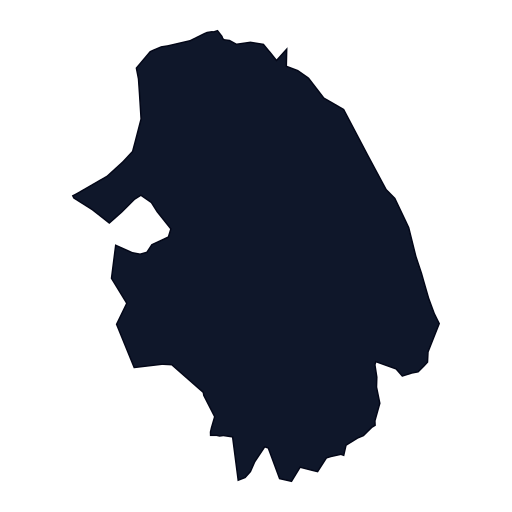 outline of Igbo-Eze North, Enugu, Nigeria
{"feature_id": "59680162B31217574251855", "entity_name": "Igbo-Eze North", "entity_type": "district", "adm_level": 2, "iso_a3": "NGA", "parent_name": "Nigeria", "parent_adm1": "Enugu", "projection": "equal_earth", "projection_center": [7.451, 7.008], "detail": "fine", "context": "isolated", "style": "filled", "palette": "ink", "viewbox_px": 512, "rotation_deg": 0, "n_neighbors": 0, "source": "geoboundaries", "source_scale": "gbopen_adm2", "svg_char_len": 1572}
<svg xmlns="http://www.w3.org/2000/svg" viewBox="0 0 512 512"><path d="M439.2,323.6L434.2,313.5L428.6,298.3L426.7,291.7L423.5,280.6L421.5,273.5L415.8,256.3L408.7,227.7L405.8,221.5L394.8,198.4L386.1,189.6L376.7,172.1L367.7,155.3L345.6,113.3L343.6,109.5L323.8,98.1L308.5,78.2L297.7,70.6L286.3,66.3L286.7,49.2L276.5,60.5L269.9,52.2L268.8,51.0L263.4,44.4L250.4,42.3L236.4,44.3L229.5,40.5L224.7,39.9L224.1,39.8L222.7,38.6L221.9,36.4L219.2,32.9L217.5,30.7L213.7,31.9L211.6,31.8L207.1,32.5L204.3,33.7L190.2,40.7L172.6,44.8L167.8,45.9L161.3,46.9L154.1,49.9L150.2,51.7L136.4,68.1L138.5,78.9L139.5,93.5L140.3,106.1L141.1,119.0L134.9,142.9L132.6,151.5L122.8,162.0L107.1,176.3L100.6,180.0L77.4,193.4L74.8,194.8L72.8,195.8L73.9,198.0L92.4,209.7L109.3,223.0L121.8,211.9L134.4,199.3L140.9,195.2L151.4,202.5L157.2,211.7L170.9,228.9L168.4,237.0L151.9,244.7L146.9,252.3L140.1,254.2L132.2,252.7L115.7,245.3L111.5,278.3L126.8,303.3L116.6,324.3L134.2,367.5L162.2,364.2L171.8,364.7L177.8,370.0L203.3,392.4L203.8,395.4L214.7,416.7L211.5,427.7L210.5,432.0L210.6,435.3L216.5,435.3L219.6,436.0L223.3,435.5L226.0,435.9L232.6,436.9L238.2,480.2L245.1,477.5L250.4,471.6L254.7,461.8L264.7,446.8L268.3,448.0L279.6,478.6L291.5,481.3L300.1,467.2L312.2,470.3L317.6,471.6L326.4,457.9L330.9,456.5L340.9,454.3L343.7,455.3L346.0,445.2L357.6,438.0L363.4,435.6L371.8,427.3L375.1,425.3L374.9,420.8L379.8,403.3L376.5,387.1L376.8,377.2L374.9,364.8L375.8,361.6L396.1,368.9L402.3,376.0L411.8,373.0L418.1,371.8L424.0,365.9L427.5,362.1L428.0,351.9L439.2,323.6Z" fill="#0f172a" stroke="#020617" stroke-width="1.5"/></svg>